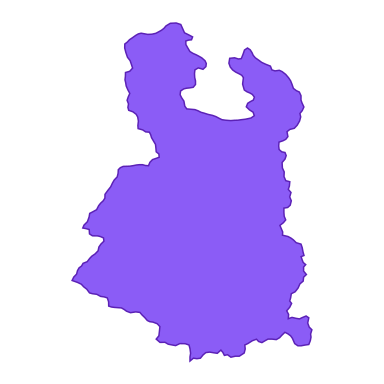 Nepomuceno, Minas Gerais, Brazil
{"feature_id": "56859067B35796848931723", "entity_name": "Nepomuceno", "entity_type": "district", "adm_level": 2, "iso_a3": "BRA", "parent_name": "Brazil", "parent_adm1": "Minas Gerais", "projection": "mercator", "projection_center": [-45.258, -21.211], "detail": "fine", "context": "isolated", "style": "filled", "palette": "violet", "viewbox_px": 384, "rotation_deg": 0, "n_neighbors": 0, "source": "geoboundaries", "source_scale": "gbopen_adm2", "svg_char_len": 4468}
<svg xmlns="http://www.w3.org/2000/svg" viewBox="0 0 384 384"><path d="M124.7,48.0L125.8,52.3L127.5,57.3L130.1,60.6L131.3,64.1L132.6,68.1L129.7,71.3L125.5,72.5L125.4,76.2L125.0,79.9L125.7,82.8L126.2,86.0L127.9,89.9L129.8,93.4L128.2,97.0L127.1,100.3L128.5,103.9L127.9,107.4L128.7,110.3L132.9,111.8L136.2,114.3L137.7,117.0L138.4,121.1L137.9,125.5L138.1,128.6L142.7,129.9L145.7,131.9L149.4,132.2L150.7,134.8L151.5,137.6L153.6,141.2L155.5,144.4L155.9,148.0L156.2,151.8L158.9,154.0L159.2,157.2L156.6,158.2L152.5,159.6L149.9,162.3L148.5,165.7L145.4,165.5L142.6,164.7L139.3,164.7L136.4,165.0L132.9,165.7L129.7,166.2L123.2,166.4L120.3,167.7L118.3,169.7L118.1,173.3L117.2,176.9L114.3,179.9L112.5,183.0L110.7,186.8L108.0,190.2L105.0,194.3L104.9,198.1L103.2,200.8L100.6,203.2L98.7,205.6L96.6,209.7L92.6,211.9L89.7,213.4L89.1,217.0L87.4,221.7L84.0,225.1L82.8,228.0L85.9,228.6L89.2,229.5L89.5,233.9L92.4,235.8L97.8,235.9L100.5,236.6L103.5,237.9L103.9,241.2L100.9,244.1L98.9,247.0L98.1,250.8L95.0,254.0L91.9,256.1L89.7,258.4L87.2,261.7L83.1,263.3L81.5,266.1L79.1,267.8L77.5,270.6L76.6,274.1L73.8,277.0L72.1,280.5L77.5,282.4L81.3,284.2L83.7,286.8L86.8,289.2L89.5,292.9L92.3,293.7L96.8,294.3L100.6,296.4L104.2,296.9L107.3,297.9L108.6,301.8L108.7,306.1L111.4,307.0L114.3,307.4L118.2,307.7L121.4,307.9L124.2,309.5L126.5,311.2L130.5,312.7L135.7,311.9L139.9,312.4L142.0,314.9L144.8,317.6L147.3,320.5L149.8,321.7L152.9,322.1L157.2,323.7L159.9,326.6L159.4,331.4L158.9,335.8L156.2,339.1L160.0,342.4L165.0,342.3L168.2,344.2L171.3,344.8L175.6,345.6L179.8,343.6L185.2,343.7L189.0,345.0L190.0,348.7L190.6,353.3L190.0,356.9L190.0,361.0L193.4,358.2L196.9,358.7L200.4,358.2L203.1,354.9L205.8,352.6L209.7,352.1L213.8,352.8L217.3,353.3L220.9,350.1L222.8,352.3L224.4,355.4L227.5,354.7L230.9,357.2L235.4,356.2L239.3,356.2L244.2,353.0L245.2,349.0L244.8,345.0L247.8,343.6L252.4,340.7L256.5,339.2L258.6,341.5L261.9,342.6L265.1,340.7L268.0,339.1L271.9,339.1L276.3,339.6L279.6,337.7L281.7,335.4L284.9,332.3L287.7,333.7L290.6,335.8L292.4,338.3L294.7,343.6L297.9,345.8L301.1,345.8L304.7,345.1L308.8,344.5L310.3,340.7L311.0,337.1L310.6,334.0L311.9,329.8L309.2,327.1L307.7,323.0L308.8,317.8L306.1,316.0L302.2,317.6L299.5,318.9L295.9,318.3L292.0,317.4L288.3,318.7L288.6,314.4L286.7,310.8L289.7,307.3L291.6,303.4L289.7,301.0L290.6,298.0L291.3,293.7L295.1,291.8L298.1,288.0L299.9,283.9L303.2,281.1L303.6,277.2L306.4,274.5L303.6,271.1L303.6,267.0L305.7,264.6L303.2,262.5L302.0,259.4L301.1,256.6L304.0,255.5L303.0,251.9L302.2,247.6L301.0,244.1L296.2,242.7L293.4,239.9L291.0,238.1L288.0,236.5L282.5,235.2L282.7,232.0L281.3,228.7L279.9,225.4L283.4,222.7L285.7,219.9L284.2,216.3L283.9,212.5L283.9,208.1L287.7,207.5L290.2,205.2L291.3,200.8L289.7,196.9L291.0,192.5L288.3,189.4L289.4,186.0L289.8,181.7L285.8,180.7L284.0,176.6L284.2,171.9L282.4,168.0L282.1,162.5L285.0,159.1L286.2,155.6L285.0,152.5L281.7,151.8L279.1,149.5L278.7,146.0L279.0,142.1L282.9,140.8L285.8,139.3L287.9,136.6L287.0,131.7L289.9,129.4L294.3,128.3L297.2,125.2L299.6,121.0L300.7,116.9L299.9,113.5L302.2,110.7L303.9,107.0L302.0,102.9L301.0,100.1L301.0,95.7L299.3,92.0L296.4,90.7L293.4,88.4L292.0,84.3L290.6,80.8L288.6,77.8L285.7,74.4L282.1,71.6L279.3,70.3L275.0,70.9L271.9,69.9L270.4,66.1L265.8,64.3L261.7,62.4L258.6,60.1L255.3,57.8L253.2,55.3L252.0,52.6L250.2,49.8L247.5,48.0L244.5,50.0L243.0,54.4L241.3,58.6L238.5,59.0L234.6,57.8L229.7,58.3L228.9,63.2L230.3,67.1L232.7,70.0L235.7,72.1L239.3,73.9L241.8,75.3L243.4,77.7L243.0,80.9L242.6,84.1L243.4,86.9L244.3,90.0L247.0,91.8L249.9,93.0L252.3,94.4L254.4,97.1L253.3,100.1L250.2,101.7L247.7,103.3L246.3,106.8L249.5,109.9L253.1,112.2L254.3,115.7L251.0,118.0L248.3,118.6L245.5,119.2L241.3,119.7L237.9,120.2L234.4,120.3L230.8,120.6L225.5,120.2L222.0,119.7L219.3,118.4L215.9,116.6L212.6,115.4L208.1,114.4L204.0,113.1L201.0,112.3L198.1,110.8L194.9,109.6L190.2,109.2L186.8,108.9L184.8,106.2L183.9,101.1L181.6,97.7L180.1,94.7L180.6,91.0L183.7,88.9L186.6,88.2L189.5,87.9L193.2,87.3L195.5,84.5L195.5,80.9L194.7,77.5L194.5,73.6L194.9,69.9L198.3,67.9L203.0,69.3L205.9,66.6L206.3,63.5L205.0,60.7L201.7,57.8L198.5,56.0L196.0,54.7L193.0,53.4L189.9,51.5L188.0,48.3L185.9,44.6L185.8,41.0L188.6,40.1L191.5,39.8L192.6,36.9L188.6,34.8L184.5,32.8L182.5,28.3L180.8,24.5L176.2,23.0L170.3,23.3L166.0,25.9L163.9,28.4L161.4,30.3L158.7,31.8L155.9,33.3L151.9,34.2L147.7,34.4L143.9,33.7L141.1,33.2L138.3,33.9L135.7,35.4L132.5,37.7L129.5,39.7L127.3,42.1L124.8,44.0L124.7,48.0Z" fill="#8b5cf6" stroke="#5b21b6" stroke-width="1.5"/></svg>